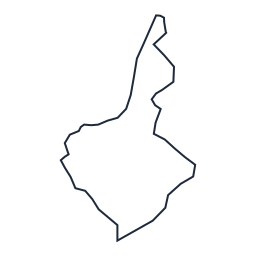 the District of Beyləqan
{"feature_id": "AZE-1697", "entity_name": "Beyləqan", "entity_type": "District", "adm_level": 1, "iso_a3": "AZE", "parent_name": "Azerbaijan", "parent_adm1": "", "projection": "mercator", "projection_center": [47.672, 39.865], "detail": "fine", "context": "isolated", "style": "outline", "palette": "slate", "viewbox_px": 256, "rotation_deg": 0, "n_neighbors": 0, "source": "natural_earth", "source_scale": "10m", "svg_char_len": 741}
<svg xmlns="http://www.w3.org/2000/svg" viewBox="0 0 256 256"><path d="M165.4,207.7L152.7,220.7L117.4,240.6L117.4,225.1L98.7,209.4L92.3,199.1L85.2,190.8L75.4,188.2L70.6,176.9L64.9,167.8L60.8,160.2L64.6,156.9L68.6,154.3L66.9,149.4L64.8,143.1L69.8,134.7L78.8,131.0L80.8,127.0L84.1,124.6L91.3,125.2L98.3,124.6L107.7,120.6L117.6,117.8L126.2,108.8L130.7,95.1L133.9,77.1L136.9,58.6L143.5,44.0L156.1,15.4L160.2,15.7L164.0,17.7L164.2,22.3L165.8,32.0L166.2,32.8L153.7,44.4L164.4,55.5L174.0,66.8L173.4,81.8L161.8,90.1L156.0,93.5L151.7,99.3L155.1,105.2L160.7,109.0L155.6,122.6L153.8,133.8L164.8,139.5L174.5,148.3L184.9,157.1L195.2,164.8L193.2,176.5L180.7,183.8L168.1,195.1L165.4,207.4L165.4,207.7Z" fill="none" stroke="#1e293b" stroke-width="2"/></svg>